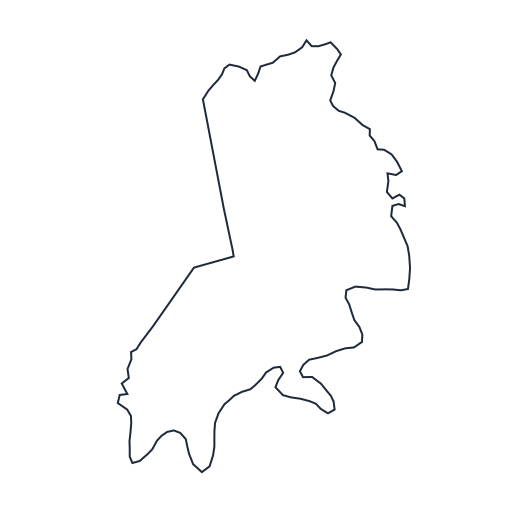 Ipira, Santa Catarina, Brazil, rotated 353°
{"feature_id": "56859067B94705413324675", "entity_name": "Ipira", "entity_type": "district", "adm_level": 2, "iso_a3": "BRA", "parent_name": "Brazil", "parent_adm1": "Santa Catarina", "projection": "mercator", "projection_center": [-51.796, -27.371], "detail": "fine", "context": "isolated", "style": "outline", "palette": "slate", "viewbox_px": 512, "rotation_deg": 353, "n_neighbors": 0, "source": "geoboundaries", "source_scale": "gbopen_adm2", "svg_char_len": 2032}
<svg xmlns="http://www.w3.org/2000/svg" viewBox="0 0 512 512"><g transform="rotate(353 256 256)"><path d="M129.5,435.2L135.2,427.2L140.4,422.9L146.3,419.8L153.1,419.1L159.2,422.3L164.0,429.2L164.6,436.7L165.4,444.0L168.2,454.9L175.9,463.9L184.3,459.1L189.0,448.9L191.4,440.4L192.2,433.9L193.4,424.7L195.0,416.7L199.6,407.6L206.7,399.2L211.7,396.0L217.0,392.1L225.6,389.1L234.1,387.6L239.1,384.4L246.8,378.4L251.8,372.8L259.9,369.0L266.5,369.0L268.7,375.3L263.1,381.7L259.3,388.6L265.8,397.4L273.3,400.5L282.4,403.0L291.3,406.5L297.5,410.0L301.6,415.6L308.2,420.9L315.3,418.0L315.3,410.1L313.4,404.1L310.0,398.8L305.0,390.7L296.9,382.9L287.9,382.0L285.5,375.7L289.8,369.7L296.1,365.4L304.4,364.7L314.4,363.4L324.0,360.2L333.4,358.5L342.1,358.7L350.7,354.2L352.0,346.9L349.9,338.9L345.8,331.6L344.2,324.0L342.6,315.4L339.8,308.3L341.5,301.0L350.9,298.5L361.4,300.7L370.4,303.8L380.7,304.9L387.8,305.9L395.6,307.7L402.8,307.3L405.2,298.2L407.4,286.9L408.1,274.6L407.7,264.9L405.3,256.5L402.8,247.7L400.0,240.3L395.0,233.0L397.5,222.9L403.7,221.8L409.9,224.7L410.2,216.9L405.8,212.6L398.4,215.5L393.7,208.4L396.5,198.0L396.6,190.0L404.9,192.7L411.1,189.6L407.5,179.7L403.0,171.7L396.0,166.1L389.7,165.0L387.5,156.3L383.5,150.3L384.5,144.0L377.8,139.1L370.6,130.8L361.4,124.5L355.7,121.9L350.9,116.7L348.6,110.7L352.9,102.1L355.7,94.0L352.7,85.9L355.7,78.6L360.2,72.2L364.8,66.4L362.0,60.8L356.1,53.0L349.9,54.4L343.4,55.4L336.8,54.5L332.4,48.1L327.2,54.5L319.6,58.6L312.6,60.1L304.2,60.8L296.3,66.2L290.1,67.3L283.6,68.4L280.2,75.5L276.1,82.0L271.8,76.9L269.5,70.4L262.1,65.9L253.0,62.8L247.5,65.9L244.4,71.5L239.7,76.7L234.5,81.0L229.1,85.9L222.4,94.0L229.8,204.7L233.5,247.0L233.8,253.7L199.8,258.9L193.0,260.0L145.1,313.3L131.2,327.6L126.1,333.9L120.3,336.1L119.7,343.4L114.7,352.5L114.9,361.6L107.2,366.2L111.5,377.3L103.8,377.3L100.9,385.1L109.4,392.7L112.4,399.6L111.8,406.8L109.6,417.1L107.8,424.7L107.2,431.8L106.2,439.7L108.1,446.4L115.5,445.3L123.9,439.7L129.5,435.2Z" fill="none" stroke="#1e293b" stroke-width="2"/></g></svg>